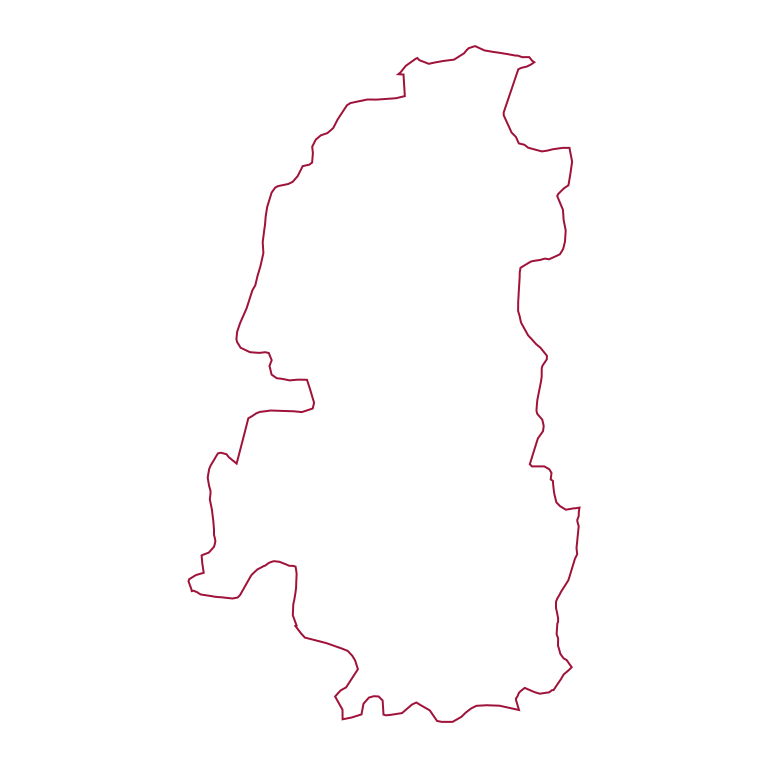 outline of Santa, Al Gharbiyah, Egypt
{"feature_id": "37247803B92664797200587", "entity_name": "Santa", "entity_type": "district", "adm_level": 2, "iso_a3": "EGY", "parent_name": "Egypt", "parent_adm1": "Al Gharbiyah", "projection": "orthographic", "projection_center": [31.113, 30.774], "detail": "fine", "context": "isolated", "style": "outline", "palette": "rose", "viewbox_px": 768, "rotation_deg": 0, "n_neighbors": 0, "source": "geoboundaries", "source_scale": "gbopen_adm2", "svg_char_len": 4734}
<svg xmlns="http://www.w3.org/2000/svg" viewBox="0 0 768 768"><path d="M519.0,710.0L516.2,700.7L515.9,698.6L517.4,696.5L518.9,692.9L520.3,691.4L524.7,687.9L534.7,692.2L539.8,693.7L549.2,692.3L552.1,690.1L553.5,690.1L559.8,680.8L560.8,679.4L563.7,674.4L568.8,670.1L571.7,667.2L568.7,663.0L566.6,660.0L563.8,658.5L561.6,655.7L560.2,653.5L559.5,650.6L558.0,645.6L558.1,638.4L556.6,634.1L557.3,624.4L557.4,623.3L558.1,621.8L558.1,618.2L556.7,611.0L556.0,608.2L556.0,601.7L557.5,598.1L559.7,594.5L561.1,591.6L564.8,585.9L568.4,580.2L569.2,577.6L575.0,558.6L577.2,554.3L576.5,547.8L577.2,541.4L577.7,536.0L578.4,529.3L578.7,526.3L577.3,521.2L577.3,519.8L578.7,516.2L578.8,511.9L579.5,507.6L575.2,508.3L573.7,508.3L570.1,509.0L565.8,509.7L564.7,509.0L560.0,506.1L556.4,502.4L555.9,500.5L555.7,499.6L554.3,493.8L553.6,488.8L553.1,483.8L552.9,480.9L550.7,479.4L551.5,472.9L549.3,469.3L544.3,466.4L532.0,466.4L529.8,464.2L537.4,439.9L537.9,438.4L543.0,431.2L543.7,426.1L543.0,422.6L542.7,421.5L542.3,419.7L537.3,413.9L536.5,411.0L536.6,408.3L537.3,400.2L538.0,396.6L541.0,381.5L541.7,376.5L541.7,370.0L541.8,367.9L542.5,365.7L546.8,359.3L546.9,355.7L540.4,347.7L536.1,344.1L531.0,338.4L528.2,335.5L526.9,333.2L521.0,322.5L519.6,316.0L518.1,311.0L518.2,301.6L518.6,295.5L518.6,294.4L519.7,276.4L519.7,275.5L519.7,272.8L520.5,267.8L529.9,262.1L531.3,261.4L534.9,260.7L540.0,260.0L542.0,259.4L543.8,258.9L545.1,258.6L546.8,258.9L549.0,259.3L556.1,256.1L559.9,254.3L562.3,250.4L563.1,249.0L563.6,247.2L565.0,241.4L565.7,230.6L565.3,228.4L564.3,223.4L563.6,219.8L563.3,214.8L562.9,209.7L559.4,201.3L557.2,196.0L558.3,193.9L561.2,191.0L564.1,188.2L568.4,185.3L568.8,183.3L570.7,171.7L572.1,161.6L569.7,149.1L569.5,147.9L562.8,147.9L559.5,148.3L552.7,149.3L546.9,150.7L541.8,151.4L528.1,147.7L524.5,144.8L518.8,143.4L515.9,136.9L511.6,132.6L508.3,125.3L503.7,115.3L503.7,112.4L518.3,69.3L521.2,67.9L527.0,66.5L531.3,64.3L534.3,62.2L532.1,60.7L529.2,57.1L523.4,57.1L522.0,57.1L520.1,56.4L517.7,55.6L515.5,55.6L507.5,54.1L498.9,52.7L493.1,51.9L484.4,50.4L475.1,46.1L468.6,48.2L466.4,50.4L464.2,53.2L454.1,59.6L443.2,61.0L435.3,62.4L428.8,63.8L419.4,60.2L417.3,58.0L415.8,58.7L405.7,65.9L400.6,72.3L398.4,74.2L403.5,74.5L404.4,89.0L404.8,96.1L396.2,98.2L392.2,98.5L376.7,99.6L367.3,99.5L350.6,103.0L347.0,105.2L337.6,119.5L337.1,120.5L333.2,128.1L327.4,133.1L320.9,135.3L315.8,139.6L312.2,146.7L312.9,153.2L312.1,162.6L309.2,164.7L302.7,166.1L299.1,173.3L297.6,176.2L292.6,181.9L288.2,184.0L278.1,186.1L276.3,187.0L275.2,187.6L271.6,192.6L267.2,206.9L265.7,216.3L265.0,224.9L264.3,229.6L262.7,242.2L263.4,253.0L260.5,265.9L258.9,271.4L257.5,276.0L255.3,285.3L252.4,290.3L246.6,308.3L240.0,323.3L237.1,332.0L237.0,333.3L236.4,339.2L237.1,342.0L239.9,346.6L240.7,347.8L250.0,352.2L259.4,352.9L265.2,352.2L268.8,353.0L269.3,354.3L271.7,360.2L269.5,365.9L271.6,374.6L276.7,378.2L282.4,378.9L289.7,380.4L292.7,380.1L297.6,379.7L301.9,379.7L307.0,379.8L309.8,388.4L314.1,402.8L312.7,408.5L305.5,410.9L301.8,412.1L293.9,411.3L273.3,410.6L270.8,410.5L265.7,411.2L259.9,411.9L256.3,413.3L252.0,416.2L248.3,418.3L245.2,430.6L238.5,456.4L236.6,463.6L228.7,457.1L226.5,454.2L220.8,452.7L217.9,453.4L215.7,457.0L215.1,458.1L210.6,465.6L209.1,469.2L208.4,473.5L207.7,477.8L209.1,485.8L210.2,489.8L210.5,490.8L210.5,493.7L209.8,499.4L211.9,509.5L213.3,521.0L214.0,529.6L214.0,534.7L214.7,537.6L215.4,541.2L214.6,544.8L213.9,546.9L208.8,552.6L203.0,554.8L201.6,555.5L202.3,563.4L203.7,572.8L196.5,574.9L195.0,575.6L189.2,579.2L188.5,581.3L191.4,589.2L191.8,591.1L193.5,590.7L197.1,592.2L200.3,594.3L201.6,594.6L205.5,595.2L212.6,596.3L214.4,596.7L217.6,597.0L220.0,597.2L221.7,597.3L232.5,598.5L237.7,597.5L240.1,595.0L243.6,588.8L249.3,578.7L251.4,575.1L252.4,574.1L253.5,573.0L257.3,569.5L261.8,567.1L263.8,566.0L264.9,565.8L268.8,562.9L272.5,561.5L274.3,561.2L279.6,561.8L280.5,562.2L284.0,563.6L286.1,564.4L289.2,565.8L293.5,565.9L295.6,566.7L296.6,573.3L296.6,574.6L296.3,581.1L296.1,587.6L295.4,593.1L294.3,599.7L293.3,604.1L292.8,615.3L296.6,625.6L295.4,626.0L301.1,633.5L304.9,637.6L326.3,643.1L341.7,648.5L347.7,650.9L352.4,655.9L353.5,657.8L355.2,660.6L355.6,662.0L357.9,669.2L346.1,687.4L340.8,690.3L338.9,692.3L335.1,696.5L342.5,709.7L342.6,719.3L350.6,717.7L352.0,717.4L361.5,714.4L362.4,709.5L363.5,703.7L368.9,697.6L373.8,696.2L375.8,696.3L378.7,696.5L381.4,699.3L382.6,700.4L382.8,703.1L383.0,706.6L383.2,709.5L383.5,714.6L385.9,715.3L389.3,715.0L391.7,714.7L402.0,713.1L411.9,704.6L416.3,702.5L420.4,705.0L421.3,705.5L429.8,710.4L437.1,721.0L442.0,721.9L452.5,721.9L457.1,719.3L461.6,716.7L465.2,713.1L466.0,712.4L471.2,708.4L476.4,705.8L485.7,705.3L487.0,705.2L488.1,705.3L499.5,705.7L519.0,710.0Z" fill="none" stroke="#9f1239" stroke-width="2"/></svg>